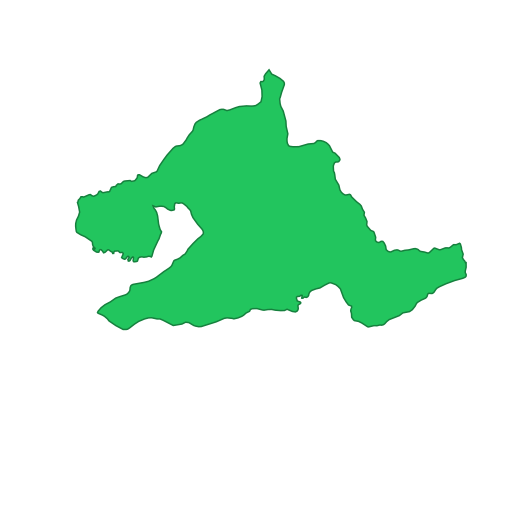 outline of Maukatar, Cova Lima, East Timor, rotated 132°
{"feature_id": "22284137B61331736580364", "entity_name": "Maukatar", "entity_type": "district", "adm_level": 2, "iso_a3": "TLS", "parent_name": "East Timor", "parent_adm1": "Cova Lima", "projection": "albers", "projection_center": [125.234, -9.237], "detail": "fine", "context": "isolated", "style": "filled", "palette": "green", "viewbox_px": 512, "rotation_deg": 132, "n_neighbors": 0, "source": "geoboundaries", "source_scale": "gbopen_adm2", "svg_char_len": 6154}
<svg xmlns="http://www.w3.org/2000/svg" viewBox="0 0 512 512"><g transform="rotate(132 256 256)"><path d="M129.0,257.8L128.0,258.3L127.1,260.0L126.7,266.0L127.5,268.5L124.9,275.2L124.7,277.5L124.8,279.7L125.7,282.7L126.9,285.0L128.9,287.3L129.9,287.7L131.8,287.7L133.6,288.2L137.9,292.2L146.1,297.3L150.0,301.5L151.9,304.3L152.2,305.6L151.3,308.0L150.0,309.7L148.1,311.5L143.9,314.1L139.5,320.3L135.7,324.1L130.1,332.7L128.2,337.7L126.5,340.2L123.4,343.6L121.6,344.3L117.2,346.5L109.7,349.6L108.5,350.7L107.8,352.4L108.0,357.0L109.1,362.1L110.3,366.0L108.9,370.9L114.1,370.8L117.0,370.2L119.2,368.0L120.5,367.6L121.6,367.6L122.3,368.1L123.1,369.1L124.7,368.7L128.7,362.7L133.5,358.1L138.0,355.5L141.4,356.0L144.3,356.8L146.0,358.1L147.5,359.5L150.8,363.5L156.1,368.4L159.4,370.4L165.1,373.3L167.4,374.9L168.7,378.2L169.8,379.5L171.4,380.8L181.8,384.6L185.6,385.7L192.9,388.8L196.6,389.8L198.6,389.7L201.6,388.6L204.5,387.0L205.7,386.7L210.5,386.7L214.3,386.1L216.2,385.6L221.5,385.1L223.2,385.5L224.7,386.2L227.6,388.7L228.6,389.2L231.5,389.7L240.5,389.6L245.6,389.1L253.2,388.1L259.1,386.3L260.2,386.4L264.3,388.7L270.0,389.1L271.0,389.8L271.8,390.7L272.7,392.8L273.6,397.0L274.6,398.0L275.9,397.7L276.6,397.0L277.7,396.6L280.7,396.4L281.7,396.8L283.9,398.5L284.1,400.0L288.1,403.7L289.3,404.4L292.6,404.6L293.7,405.4L294.7,406.8L297.0,407.1L298.2,406.7L299.8,408.2L301.7,409.3L305.9,408.0L306.9,408.3L307.7,409.3L311.3,412.0L311.7,412.9L311.8,415.1L313.0,415.8L315.7,415.1L317.2,415.3L320.2,416.5L321.0,418.2L321.1,420.1L322.1,421.0L327.6,423.5L327.8,424.3L329.1,425.7L331.2,425.3L333.5,425.4L334.8,424.5L335.6,424.6L338.0,420.8L341.4,416.4L345.2,414.6L349.4,413.4L352.5,411.7L354.5,410.0L356.9,407.3L358.0,405.9L358.3,404.9L357.5,400.5L356.0,395.8L354.9,387.8L355.4,386.6L356.9,385.0L357.9,383.0L357.8,381.4L358.2,380.5L359.0,380.6L359.2,381.3L359.0,382.4L360.0,382.0L360.4,380.6L359.9,377.6L359.6,376.8L358.4,375.4L356.5,376.1L355.5,376.1L354.9,375.2L355.1,373.3L355.6,371.4L354.6,370.8L353.8,370.6L350.8,370.4L350.0,369.7L349.7,366.6L349.3,365.5L350.0,364.2L349.3,363.5L348.5,364.1L347.1,364.4L344.6,362.0L344.3,361.0L344.6,360.0L344.4,359.2L342.9,357.9L342.9,356.4L343.8,355.9L347.1,354.8L347.1,353.6L346.4,351.5L345.5,351.0L342.3,351.2L341.6,350.5L341.8,349.4L344.3,348.9L345.2,347.5L344.7,346.9L343.7,346.6L340.6,347.3L339.0,346.9L339.1,346.0L341.8,344.1L342.1,343.1L341.5,342.3L339.9,341.0L339.1,340.7L336.3,342.0L334.8,341.7L333.0,340.3L332.0,338.6L330.0,336.8L328.1,335.7L326.9,334.1L326.9,333.2L325.9,333.2L320.0,336.1L309.9,339.2L308.3,339.5L304.1,341.3L302.3,341.8L301.2,342.4L300.5,344.9L298.6,348.0L297.4,349.8L292.1,355.9L290.1,359.0L289.1,361.8L288.9,363.6L287.6,366.1L286.6,363.3L283.8,361.2L282.4,359.8L280.8,357.5L280.3,354.7L280.3,353.2L279.4,350.2L278.6,349.1L276.5,347.7L275.6,348.0L274.2,349.6L271.9,351.1L271.2,351.4L270.0,351.1L268.5,348.7L266.7,347.3L265.9,346.2L265.6,344.3L265.4,340.6L265.8,338.5L265.9,336.1L266.3,334.6L268.2,331.8L269.7,328.4L271.4,320.6L272.1,314.4L272.5,312.8L273.0,311.7L274.0,310.6L274.9,310.0L278.4,310.0L282.1,310.7L288.9,311.1L296.4,311.1L298.5,310.5L302.0,310.0L304.5,310.8L308.3,311.2L310.9,312.2L313.7,313.7L314.6,313.8L319.4,312.2L321.0,312.1L323.4,312.5L329.1,314.0L338.5,315.8L341.2,316.6L346.6,318.9L350.5,321.5L359.4,328.4L360.8,329.0L361.8,329.1L363.5,328.5L366.1,326.6L368.4,326.2L370.7,326.4L372.2,327.0L377.8,330.3L381.2,332.1L387.5,333.5L393.2,335.6L398.1,336.5L402.7,336.4L404.1,335.9L404.2,335.1L402.7,330.6L402.2,328.2L402.1,324.4L402.6,321.8L401.5,313.6L399.5,305.6L397.3,303.2L396.2,302.4L393.9,301.8L387.8,300.7L383.0,299.4L377.3,296.7L373.8,294.4L371.7,292.2L369.0,287.5L367.0,285.2L365.9,282.0L363.0,271.0L356.1,265.5L352.3,264.0L350.4,261.3L349.3,255.8L348.4,253.8L346.9,251.3L345.1,249.5L331.5,241.5L323.6,237.9L321.3,236.1L318.3,232.0L317.5,230.4L314.1,228.0L310.4,226.2L308.3,225.6L304.9,225.2L301.4,223.8L299.4,224.4L297.5,223.4L294.4,220.1L291.8,215.1L290.9,213.8L287.9,211.4L285.2,208.6L283.4,205.5L280.2,201.3L277.5,198.4L274.8,197.3L272.9,191.9L271.2,189.3L269.6,188.6L267.9,188.8L266.6,189.6L264.9,191.6L263.9,191.9L261.5,191.1L260.6,191.7L260.6,192.5L261.8,195.2L260.5,197.5L259.4,198.4L258.4,198.2L257.1,196.9L256.4,196.5L255.0,196.3L254.4,195.3L256.7,193.8L256.0,192.9L254.2,192.7L253.1,190.9L252.3,190.5L251.5,190.3L250.2,190.5L248.5,191.5L246.8,191.9L244.4,191.6L240.4,189.5L236.9,187.1L231.8,185.5L227.2,183.7L225.8,182.5L223.9,177.6L223.7,174.8L223.9,171.4L228.3,163.1L229.8,158.2L230.5,154.5L229.3,151.5L230.1,150.5L232.0,149.8L233.4,148.9L234.9,146.5L237.5,143.9L238.2,141.1L238.2,139.7L236.0,136.1L235.0,132.6L233.9,125.7L233.4,124.9L228.9,121.8L226.8,119.4L224.4,117.8L223.3,116.3L221.7,115.3L220.2,115.0L217.3,115.0L214.2,114.5L204.4,109.6L200.0,108.8L194.6,104.7L191.3,103.9L186.8,104.2L184.2,104.9L182.6,105.0L178.2,103.7L174.4,102.0L173.3,101.7L171.7,101.8L169.3,102.9L168.2,102.7L166.1,100.1L165.2,99.7L163.8,99.5L160.6,100.0L158.8,100.0L156.0,99.1L149.4,96.2L141.2,91.9L134.2,87.4L132.0,86.4L130.9,86.3L130.2,86.5L129.1,87.5L128.4,89.3L127.2,90.4L123.8,92.3L120.4,95.4L120.9,95.7L120.1,97.4L119.9,99.2L119.2,101.5L116.0,103.3L113.8,107.4L112.3,109.0L110.3,112.2L110.3,113.2L113.7,114.8L115.4,116.8L119.8,117.5L121.2,118.2L122.1,119.5L123.4,120.8L127.7,123.0L128.7,123.8L130.5,128.5L131.3,129.0L136.6,129.4L137.9,129.6L138.8,130.2L140.3,133.4L142.6,137.0L142.8,138.8L142.7,139.7L143.1,141.0L143.9,142.6L145.1,143.7L149.3,146.6L152.3,149.3L155.1,151.1L155.8,151.9L156.6,154.6L157.3,155.5L159.2,157.0L162.7,158.5L163.4,159.2L164.2,161.0L164.2,163.5L161.9,166.3L160.6,169.4L160.3,171.5L160.9,172.4L161.7,173.0L163.2,173.4L163.9,173.9L164.7,175.3L164.7,176.4L164.7,177.2L164.2,178.0L162.0,179.6L159.4,184.2L159.2,185.0L160.2,188.0L159.5,193.2L158.9,194.5L156.1,196.6L154.4,200.1L153.5,203.0L151.0,204.7L150.0,208.1L148.4,211.2L148.1,213.3L148.4,217.6L148.1,224.4L147.3,226.7L147.6,227.8L150.7,230.1L151.3,231.4L151.6,233.3L151.5,235.4L150.7,237.9L147.9,241.9L145.9,248.4L142.8,252.0L141.6,253.6L141.1,255.1L138.3,257.9L137.2,258.9L134.4,260.0L132.9,259.7L131.3,258.1L130.5,257.7L129.0,257.8Z" fill="#22c55e" stroke="#15803d" stroke-width="1.5"/></g></svg>